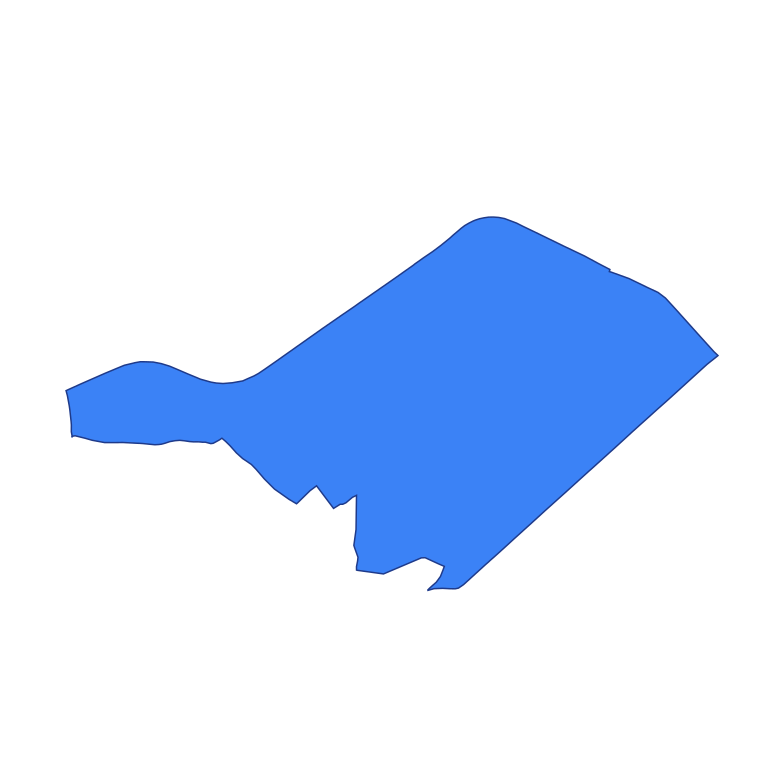 outline of Mushin, Lagos, Nigeria, rotated 49°
{"feature_id": "59680162B75104511306168", "entity_name": "Mushin", "entity_type": "district", "adm_level": 2, "iso_a3": "NGA", "parent_name": "Nigeria", "parent_adm1": "Lagos", "projection": "mercator", "projection_center": [3.345, 6.529], "detail": "fine", "context": "isolated", "style": "filled", "palette": "blue", "viewbox_px": 768, "rotation_deg": 49, "n_neighbors": 0, "source": "geoboundaries", "source_scale": "gbopen_adm2", "svg_char_len": 2390}
<svg xmlns="http://www.w3.org/2000/svg" viewBox="0 0 768 768"><g transform="rotate(49 384 384)"><path d="M586.9,421.8L586.8,419.8L586.8,418.1L586.8,415.0L586.5,399.3L586.3,391.4L586.2,388.2L585.7,362.3L585.3,346.5L584.8,314.9L584.7,310.6L584.5,301.0L584.2,287.0L584.2,284.0L583.9,267.5L583.5,246.6L583.0,228.5L582.8,217.6L582.7,210.2L582.4,194.3L582.3,181.8L581.9,162.8L581.4,140.9L581.1,127.2L581.7,113.3L581.1,113.3L576.0,113.8L556.0,114.2L519.2,114.8L503.7,115.2L494.7,117.1L483.9,121.9L465.4,129.8L448.5,139.2L447.0,140.2L445.8,138.4L433.3,143.3L418.9,148.7L396.9,158.3L371.9,168.9L355.9,175.8L349.5,178.4L338.2,184.5L333.5,188.2L329.7,192.0L326.7,195.6L324.3,199.3L322.0,203.4L320.3,207.4L319.5,209.7L318.3,214.4L317.4,219.1L317.1,223.6L317.1,227.0L317.0,234.1L317.1,238.9L316.7,250.5L316.0,260.2L315.5,264.5L314.7,271.1L313.6,282.2L313.6,283.7L310.9,310.4L308.0,337.2L306.6,350.1L306.0,356.4L304.3,370.9L301.8,393.6L298.6,425.4L297.6,435.4L295.9,452.3L294.6,464.4L293.7,471.8L292.6,476.9L290.8,482.6L289.0,488.6L283.4,497.9L281.9,499.9L280.3,502.1L278.0,505.2L273.3,509.9L269.0,513.4L259.9,519.4L256.4,521.1L251.6,523.5L247.6,525.5L236.6,530.8L229.9,534.1L222.5,538.7L216.0,543.8L210.8,549.4L207.4,553.2L204.4,558.2L204.3,558.5L199.5,567.7L196.9,575.4L195.1,580.9L193.0,587.2L185.0,612.9L180.4,628.3L185.1,630.6L193.9,635.8L197.6,638.2L207.1,644.8L209.8,646.8L214.9,651.3L218.6,653.5L219.4,654.7L219.1,653.3L220.4,651.1L228.8,645.2L235.1,641.1L244.9,633.3L252.4,624.7L256.6,619.7L267.2,608.7L268.6,607.2L270.7,605.1L279.5,596.8L281.9,593.7L283.5,591.3L285.0,588.2L287.0,583.4L289.7,578.9L292.5,575.1L295.9,571.9L300.0,568.4L302.8,565.6L305.1,562.9L306.5,561.4L309.1,558.9L310.7,557.0L315.4,553.8L316.7,551.8L317.2,549.6L318.2,545.0L318.6,541.9L323.3,541.2L329.5,540.7L339.2,540.6L347.5,539.6L357.6,536.9L364.6,536.5L377.0,536.6L391.4,535.6L408.9,531.3L417.0,528.6L417.0,526.9L416.0,509.8L416.6,501.7L444.8,503.7L446.0,496.0L447.7,494.0L448.7,490.6L448.8,482.2L450.0,477.8L475.5,500.6L486.0,512.6L488.0,513.5L497.7,517.3L500.3,520.1L503.8,524.6L506.4,526.8L507.2,526.3L527.0,509.0L539.7,469.9L542.1,466.9L555.2,461.0L561.2,458.1L563.2,461.7L566.3,467.7L566.7,469.4L567.9,474.6L567.9,479.8L568.0,483.7L568.2,486.0L568.6,486.2L571.3,480.5L576.6,473.9L581.8,468.5L585.3,464.6L586.9,461.7L587.6,455.6L586.9,425.5L586.9,421.8Z" fill="#3b82f6" stroke="#1e3a8a" stroke-width="1.5"/></g></svg>